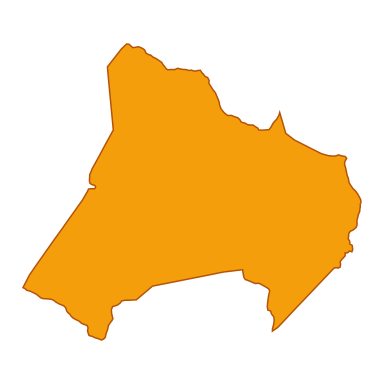 outline of Guanambi, Bahia, Brazil
{"feature_id": "56859067B56952710224851", "entity_name": "Guanambi", "entity_type": "district", "adm_level": 2, "iso_a3": "BRA", "parent_name": "Brazil", "parent_adm1": "Bahia", "projection": "orthographic", "projection_center": [-42.803, -14.19], "detail": "fine", "context": "isolated", "style": "filled", "palette": "amber", "viewbox_px": 384, "rotation_deg": 0, "n_neighbors": 0, "source": "geoboundaries", "source_scale": "gbopen_adm2", "svg_char_len": 3171}
<svg xmlns="http://www.w3.org/2000/svg" viewBox="0 0 384 384"><path d="M208.9,83.3L209.1,80.4L207.6,77.5L205.1,76.5L203.7,74.5L201.9,72.7L200.3,70.3L197.8,70.5L195.6,71.1L193.2,70.8L191.3,70.1L189.1,70.5L186.1,69.6L182.5,69.4L179.7,68.8L177.6,68.3L174.7,69.6L170.6,69.5L167.8,69.8L166.1,68.7L165.0,67.0L163.2,64.9L161.8,62.5L158.7,60.3L156.2,58.6L153.0,57.1L150.7,55.1L148.6,54.6L146.1,53.3L144.7,50.0L143.1,48.8L140.6,47.5L138.1,46.7L135.5,47.3L132.7,47.6L130.9,45.9L128.9,44.2L126.6,44.0L121.2,49.2L107.4,66.9L109.4,88.9L113.0,126.8L113.3,130.0L107.5,140.6L105.6,144.0L99.2,156.0L92.0,169.1L90.7,172.6L89.7,174.6L89.6,177.4L89.4,181.1L90.1,183.4L92.1,184.7L94.6,185.3L95.7,187.1L94.5,188.8L90.9,188.6L88.5,189.1L87.6,191.2L82.5,200.0L81.2,201.8L64.0,226.0L62.8,227.8L54.4,239.4L35.1,266.8L31.2,272.5L29.4,275.1L23.0,287.6L25.2,288.8L26.8,290.3L29.7,291.0L32.8,292.4L36.3,294.2L38.6,296.0L40.7,297.8L43.5,298.7L47.0,298.8L50.9,299.2L53.3,300.0L55.7,301.9L58.6,303.7L61.0,304.7L63.8,305.8L65.7,307.8L66.7,311.0L67.9,312.7L69.7,314.1L71.3,316.4L73.3,318.2L76.1,319.7L78.9,321.0L81.6,323.4L85.1,324.8L87.2,325.6L88.1,327.9L87.5,330.6L88.1,332.9L89.0,335.5L92.6,336.5L95.4,337.9L97.8,338.5L101.5,340.0L103.6,339.1L105.3,337.3L105.9,334.4L106.7,332.0L107.5,329.8L108.0,327.7L108.4,325.6L110.2,322.8L112.0,320.5L112.9,318.6L112.3,316.3L111.6,313.3L111.4,309.6L112.6,306.6L115.0,305.9L117.5,305.0L120.0,303.2L121.7,301.0L124.6,300.3L129.3,300.2L136.4,299.8L150.3,288.0L152.3,286.2L155.6,285.5L212.8,274.2L218.8,272.9L223.7,272.0L242.6,269.7L243.0,272.6L243.4,275.0L243.9,277.3L245.3,279.5L247.8,280.4L250.7,281.6L253.5,282.8L255.8,283.6L258.0,283.2L260.2,283.8L263.3,285.6L265.9,287.1L268.6,288.7L269.7,291.0L268.9,294.4L268.4,297.0L267.9,300.6L267.5,303.6L267.3,307.1L267.9,310.1L270.7,311.1L271.4,313.8L274.0,317.2L274.1,321.1L273.8,323.6L273.2,326.2L272.5,328.4L272.4,331.1L277.8,327.4L283.7,321.2L297.1,306.9L304.4,299.3L333.7,268.4L335.9,267.6L338.2,268.1L340.1,267.1L340.6,264.3L340.1,261.7L341.8,259.4L343.3,257.9L345.2,255.8L345.1,252.9L347.4,252.9L349.5,251.0L351.9,251.8L352.7,249.8L352.5,247.5L352.2,245.4L349.6,243.8L349.9,241.6L348.2,238.7L348.6,236.4L348.7,233.6L350.2,231.4L353.2,229.9L355.9,227.7L356.9,225.6L357.1,223.2L356.9,220.2L357.6,218.0L358.4,214.5L359.7,211.5L359.9,208.8L360.3,206.8L360.2,204.6L361.0,202.0L360.6,199.5L359.5,197.3L357.8,194.2L356.1,191.8L354.6,190.1L352.8,188.4L350.7,185.3L349.0,182.5L348.4,178.5L347.2,175.5L346.6,172.8L346.1,170.2L345.6,167.9L345.0,165.9L344.5,163.7L345.0,161.2L346.7,158.4L345.2,156.5L341.8,155.9L338.5,154.9L335.8,155.9L333.0,156.1L331.0,155.9L328.5,155.7L321.4,153.7L308.9,147.4L294.4,140.0L285.7,133.3L284.6,129.3L279.7,112.5L278.8,115.6L277.7,117.5L276.6,119.4L275.1,120.8L273.1,123.2L271.1,126.9L269.2,129.6L267.2,129.8L264.9,130.0L261.6,130.2L258.7,129.9L257.6,127.9L255.6,126.9L253.2,125.1L250.2,125.0L247.7,124.7L245.3,123.2L241.3,122.2L239.9,119.8L237.8,117.7L234.4,116.7L231.4,115.4L227.8,115.5L225.8,114.2L223.4,111.9L221.2,109.1L219.8,105.7L219.2,102.3L218.0,98.9L216.8,96.2L215.8,93.7L214.5,91.5L213.1,89.9L211.9,88.1L210.6,86.0L208.9,83.3Z" fill="#f59e0b" stroke="#b45309" stroke-width="1.5"/></svg>